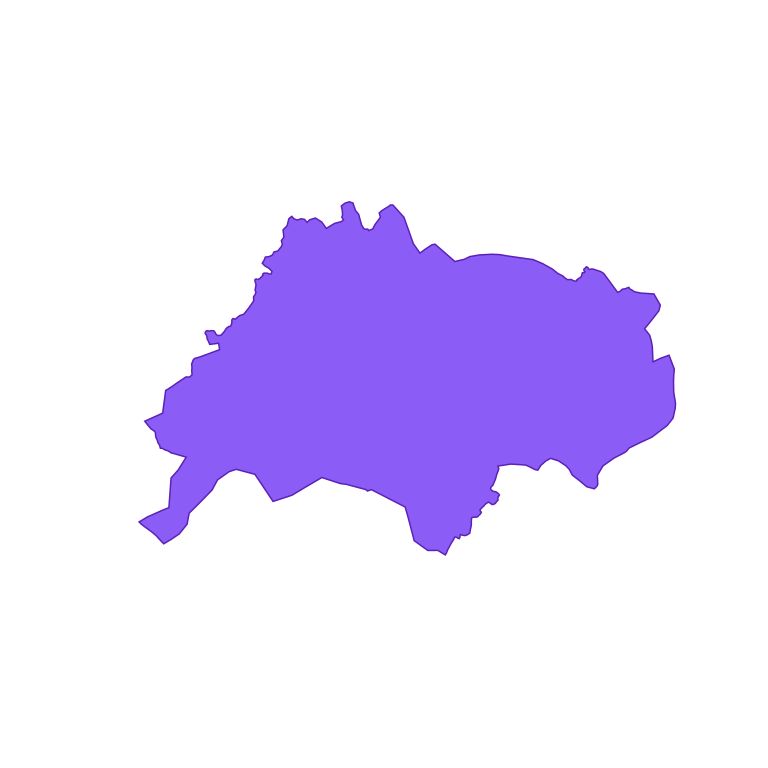 outline of Fakai, Kebbi, Nigeria, rotated 332°
{"feature_id": "59680162B55504856664882", "entity_name": "Fakai", "entity_type": "district", "adm_level": 2, "iso_a3": "NGA", "parent_name": "Nigeria", "parent_adm1": "Kebbi", "projection": "mercator", "projection_center": [4.84, 11.54], "detail": "fine", "context": "isolated", "style": "filled", "palette": "violet", "viewbox_px": 768, "rotation_deg": 332, "n_neighbors": 0, "source": "geoboundaries", "source_scale": "gbopen_adm2", "svg_char_len": 5019}
<svg xmlns="http://www.w3.org/2000/svg" viewBox="0 0 768 768"><g transform="rotate(332 384 384)"><path d="M103.0,390.8L103.8,393.5L105.4,397.2L106.7,399.8L109.1,404.7L110.6,408.3L111.7,411.1L112.6,415.0L114.5,421.7L122.8,421.3L125.0,421.1L133.0,420.2L144.2,415.4L151.3,406.6L165.2,402.4L182.4,396.9L192.0,390.5L206.0,388.7L213.4,389.9L227.6,403.1L228.3,409.6L230.9,435.6L250.5,439.0L265.9,438.2L282.7,437.5L285.2,437.4L299.0,451.7L299.8,452.2L303.3,454.6L318.4,468.7L319.1,470.7L323.3,471.4L344.9,502.5L342.9,512.1L337.1,536.5L344.5,551.5L353.4,556.2L357.9,563.7L360.0,562.4L362.5,560.2L364.2,559.1L366.1,557.8L369.4,555.7L372.4,554.0L374.5,552.4L375.5,552.8L376.3,553.7L376.9,555.0L377.9,555.9L379.0,555.1L380.2,553.2L381.0,552.8L381.6,553.7L382.6,554.6L384.2,555.8L386.7,556.3L389.8,555.9L391.9,553.1L393.9,550.8L395.5,548.5L395.5,548.4L396.5,546.5L397.0,545.7L398.4,543.4L399.6,543.4L401.2,543.9L402.7,544.8L404.3,545.2L406.4,544.4L408.0,544.1L409.2,543.3L409.8,542.9L409.3,541.1L409.5,540.9L409.9,540.0L411.4,539.6L412.7,539.1L414.7,538.6L417.2,537.6L418.6,537.5L420.7,537.3L421.3,538.2L422.1,539.6L422.8,541.1L423.7,541.5L424.0,541.7L426.3,541.7L428.0,540.8L430.0,540.2L430.6,539.0L430.8,538.4L431.9,537.2L433.2,536.6L433.7,536.4L433.7,535.1L433.2,533.6L432.9,533.1L432.5,532.1L431.5,531.1L430.1,530.1L429.2,528.5L428.9,526.8L428.9,526.5L429.9,525.3L432.5,524.6L437.7,520.4L441.3,516.6L444.1,514.2L445.3,513.0L445.7,512.6L445.8,511.1L446.0,509.9L458.5,514.3L471.1,522.1L473.6,525.4L477.1,530.4L479.4,532.3L484.2,529.5L490.9,527.9L496.2,527.9L502.2,534.0L502.7,535.1L506.1,541.4L506.4,542.3L507.5,546.2L507.5,548.7L507.5,552.9L511.5,561.7L514.8,569.9L520.5,575.3L523.9,574.3L525.7,572.9L529.5,564.8L538.9,559.1L552.3,557.4L563.6,557.5L566.1,557.3L570.5,555.6L582.4,556.0L595.6,556.7L614.6,553.6L623.2,549.8L629.9,542.0L629.9,541.9L632.2,538.2L636.0,527.2L640.6,518.1L644.0,512.2L647.3,507.2L649.2,492.4L639.8,491.1L635.0,490.9L631.9,490.7L638.4,477.1L640.2,471.6L641.5,465.6L640.0,457.5L642.0,456.7L646.0,455.1L655.1,451.1L661.1,448.4L665.0,444.1L664.6,431.2L653.2,424.1L648.3,420.0L646.8,417.0L646.0,416.2L645.7,415.0L645.5,413.6L643.6,413.3L641.8,413.2L640.2,412.6L638.7,412.2L637.0,412.7L635.4,413.0L633.3,412.8L629.9,389.5L628.1,386.4L625.7,383.9L624.7,383.0L623.6,381.7L622.5,380.6L621.1,379.8L620.2,379.6L619.0,379.3L618.8,378.8L618.8,377.4L618.5,376.4L617.6,375.5L616.2,376.2L614.9,376.2L614.0,377.0L613.8,378.9L614.1,379.2L613.8,379.6L613.3,379.7L613.1,379.5L612.4,379.3L611.4,378.9L610.1,380.3L608.9,381.6L607.1,382.2L605.3,382.2L603.1,382.6L602.3,383.5L601.0,382.8L599.5,381.5L598.5,379.7L597.8,379.3L596.5,378.8L594.8,377.8L593.5,375.1L592.7,372.7L589.4,368.0L586.7,361.7L580.6,352.2L574.1,344.2L553.4,329.1L547.1,324.2L540.4,320.2L529.0,314.9L519.6,311.8L513.5,311.6L504.1,309.1L494.7,284.5L491.7,283.6L483.0,284.4L479.5,285.0L477.2,285.3L475.8,273.9L479.9,246.2L476.0,230.5L475.4,229.7L474.4,229.4L473.8,228.9L472.7,229.2L470.8,229.4L469.0,229.5L463.5,229.9L460.1,230.7L459.1,235.1L450.8,239.0L446.9,241.8L442.5,241.3L442.4,239.6L440.2,238.6L439.1,237.4L438.9,232.9L440.3,226.6L441.3,222.3L440.3,217.5L441.3,210.9L441.6,209.7L438.9,206.8L434.3,206.0L429.9,206.8L428.6,211.2L426.8,215.3L425.0,217.0L425.3,220.0L422.6,220.6L415.8,219.0L406.1,219.5L405.1,211.7L401.3,205.2L395.4,204.1L392.0,205.2L391.1,201.3L388.4,199.2L384.5,198.5L382.2,196.1L381.3,192.7L377.6,193.4L372.7,198.8L367.2,200.5L365.4,205.2L364.5,207.4L360.7,209.2L359.8,212.9L357.7,214.6L352.5,216.7L348.9,215.7L346.2,217.7L342.4,217.6L338.8,216.2L336.7,218.1L333.2,220.2L334.2,223.7L336.7,227.8L338.0,231.9L335.9,233.9L334.4,233.1L332.9,231.2L331.6,230.7L330.9,230.1L329.5,229.7L328.4,230.1L328.5,230.6L328.0,231.4L327.3,231.4L326.6,231.8L325.7,232.1L325.1,232.0L324.0,232.7L323.1,232.5L321.8,232.5L321.2,232.1L320.6,231.4L319.6,231.1L318.8,231.6L318.4,232.6L317.6,236.3L314.2,240.6L314.0,242.9L311.8,244.8L310.0,245.5L309.0,247.2L308.1,249.3L307.2,249.8L304.8,251.1L299.8,253.6L292.8,256.6L289.0,255.8L284.5,256.6L283.3,257.1L281.5,255.3L279.8,255.9L279.1,257.2L278.0,259.0L275.7,261.0L273.9,260.4L270.9,260.8L267.6,262.7L263.0,264.4L261.2,263.7L259.9,263.1L259.2,261.7L259.0,260.7L259.1,259.8L259.1,259.1L258.9,257.8L258.5,257.0L257.8,256.6L257.2,256.3L256.9,256.0L256.2,255.6L255.4,255.5L254.8,255.3L254.3,255.0L253.5,254.4L253.0,253.9L252.1,253.7L251.3,254.0L250.6,254.3L250.3,254.7L249.9,255.2L249.9,255.7L249.9,256.1L250.1,256.8L250.0,257.7L250.0,258.1L250.0,259.0L249.6,259.7L249.2,260.4L249.1,261.1L248.9,265.4L248.7,267.2L257.1,270.4L255.0,276.5L233.7,273.6L228.7,272.5L226.8,273.2L223.6,276.0L221.9,279.9L220.7,281.5L218.9,285.7L215.7,286.6L212.4,284.8L201.5,285.9L194.6,286.8L188.2,287.2L174.9,305.8L155.3,304.5L156.2,309.7L157.1,314.0L159.2,317.9L159.4,319.4L158.4,321.6L157.5,324.3L157.4,327.4L156.8,329.6L157.1,332.6L156.4,335.7L158.1,336.8L159.7,339.4L162.0,341.7L163.6,344.7L175.0,355.7L161.9,363.3L151.9,367.0L136.0,392.2L130.0,391.5L112.8,390.3L103.0,390.8Z" fill="#8b5cf6" stroke="#5b21b6" stroke-width="1.5"/></g></svg>